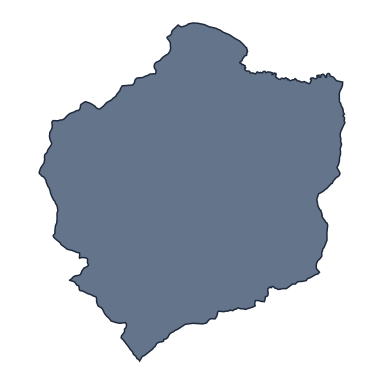 Soveja, Vrancea, Romania (Equal Earth projection)
{"feature_id": "2599482B26543167890011", "entity_name": "Soveja", "entity_type": "district", "adm_level": 2, "iso_a3": "ROU", "parent_name": "Romania", "parent_adm1": "Vrancea", "projection": "equal_earth", "projection_center": [26.665, 46.015], "detail": "fine", "context": "isolated", "style": "filled", "palette": "slate", "viewbox_px": 384, "rotation_deg": 0, "n_neighbors": 0, "source": "geoboundaries", "source_scale": "gbopen_adm2", "svg_char_len": 5824}
<svg xmlns="http://www.w3.org/2000/svg" viewBox="0 0 384 384"><path d="M319.5,272.2L316.6,268.9L316.2,267.3L316.3,264.7L316.7,263.0L317.5,261.1L320.3,258.3L321.7,256.4L321.8,255.2L321.7,253.1L321.8,252.3L322.6,250.6L322.7,249.0L323.7,248.0L324.3,246.9L327.0,240.2L326.9,232.8L327.7,225.4L327.1,223.2L325.3,221.7L325.0,220.8L323.2,218.5L322.1,216.4L322.0,215.9L322.3,215.2L321.8,214.4L321.8,213.0L320.9,211.8L321.1,210.7L319.2,209.0L319.2,208.4L318.6,207.5L317.8,205.3L316.8,199.3L318.6,193.8L321.1,192.6L324.1,190.6L325.3,189.3L326.7,188.6L331.2,183.7L332.3,183.4L332.9,181.6L334.0,180.1L336.4,177.5L338.6,176.2L339.8,174.5L339.8,172.6L336.9,167.6L338.7,164.1L338.7,163.0L339.3,161.9L339.6,156.8L340.5,154.7L340.5,151.4L340.2,149.0L340.4,147.8L341.4,145.4L341.5,144.3L341.0,142.2L340.5,141.5L340.9,139.0L340.1,135.8L340.5,132.2L343.8,124.8L344.6,123.5L344.9,122.3L344.3,121.4L344.1,120.5L344.5,118.8L344.4,117.6L343.1,116.0L343.0,115.4L344.4,114.2L343.4,112.4L343.0,109.5L342.7,109.3L342.8,108.6L341.9,106.7L341.2,105.9L340.6,103.2L339.6,102.2L339.4,101.1L339.3,94.1L339.7,91.7L341.5,88.1L342.4,85.7L342.7,82.1L336.4,80.7L333.8,77.5L332.2,76.6L330.8,76.3L330.0,75.7L329.9,74.6L329.2,73.7L328.2,73.4L327.3,73.9L326.4,75.6L326.7,76.8L326.0,77.5L325.5,77.1L325.2,76.4L323.8,74.6L322.8,74.2L321.5,74.7L320.9,75.8L320.7,77.0L320.4,77.3L318.7,77.1L318.6,76.4L319.3,75.3L317.2,75.4L316.9,76.0L317.1,77.2L317.0,78.1L316.2,78.6L314.7,78.7L313.1,77.9L311.1,78.0L310.7,78.5L310.5,79.5L311.4,80.0L311.4,80.6L310.5,81.8L310.2,83.1L308.9,83.7L304.1,81.5L301.8,82.3L299.3,81.0L297.3,80.9L296.9,80.1L295.1,78.6L294.9,78.7L294.7,79.3L294.3,79.7L292.6,79.8L290.7,80.7L290.0,80.6L289.0,79.8L288.0,79.9L287.8,79.5L287.9,78.8L286.6,78.5L285.9,77.8L285.4,77.8L284.3,78.8L281.9,78.2L281.3,78.3L280.4,79.4L278.6,79.1L275.6,76.9L275.9,75.7L275.4,75.2L275.4,74.9L276.2,74.3L275.9,73.5L274.1,73.0L272.9,74.5L272.1,74.6L272.0,74.1L272.3,73.5L272.2,72.8L270.0,72.1L267.8,71.9L266.1,72.8L265.0,71.5L264.0,71.3L263.3,71.6L262.2,72.9L261.1,72.8L260.5,72.4L259.4,72.9L257.3,71.9L256.9,72.1L256.1,73.4L255.4,73.9L252.7,72.9L250.4,73.1L250.2,72.9L249.9,71.8L249.1,71.1L246.5,71.0L244.7,69.6L244.6,69.1L245.7,67.9L244.7,67.0L245.2,66.1L245.1,65.8L243.3,64.7L241.8,64.5L241.5,63.4L240.4,63.4L239.8,62.7L239.7,62.4L242.1,60.5L242.5,59.2L243.3,57.8L245.2,55.6L246.5,55.4L246.7,55.0L246.6,53.5L247.1,52.9L247.1,52.1L247.6,51.5L246.9,50.3L247.2,49.6L246.6,48.4L246.5,47.6L245.8,47.4L242.9,44.0L239.7,41.0L234.9,38.4L229.3,34.7L223.1,32.2L220.2,30.1L217.9,29.3L216.3,28.4L209.0,26.7L204.4,24.6L198.1,23.3L192.8,23.0L188.4,23.9L187.2,24.9L184.9,26.0L181.1,27.0L178.1,25.0L172.3,30.6L171.9,31.4L171.3,34.1L170.8,34.8L167.1,37.2L167.0,37.6L167.3,38.4L169.6,41.3L170.3,43.1L170.6,48.5L169.9,51.3L168.3,53.6L167.1,54.6L165.9,55.1L162.5,57.5L159.9,60.6L156.0,62.4L154.6,64.1L154.2,65.8L154.2,67.3L154.9,68.8L155.7,69.8L156.0,71.1L155.9,72.9L155.4,73.7L150.0,74.1L147.2,75.7L146.0,75.9L142.5,77.6L138.5,77.8L136.7,78.2L135.3,79.6L134.7,81.2L134.5,82.7L132.7,85.0L122.2,85.8L120.4,88.9L119.9,90.6L117.2,93.8L115.5,96.7L113.7,97.7L111.5,99.9L106.6,102.6L103.3,106.3L99.9,108.9L99.1,109.1L97.0,108.3L95.7,107.3L95.1,106.3L92.1,104.3L89.4,102.9L85.5,101.7L84.2,102.3L81.0,104.4L80.5,105.4L80.4,107.2L79.9,108.8L79.5,109.5L78.3,110.5L76.5,110.6L74.3,111.9L69.7,113.6L66.5,116.3L64.7,118.5L63.3,119.4L61.8,119.9L59.4,120.2L58.1,120.8L53.3,120.6L52.7,120.9L52.1,121.8L51.9,122.6L52.2,125.9L52.1,127.8L51.0,130.5L49.8,132.5L49.7,134.9L49.4,135.9L49.9,139.1L51.6,143.1L51.6,143.9L51.3,144.8L47.7,150.1L47.3,151.9L46.1,153.4L45.0,154.3L44.8,154.9L44.4,157.0L44.7,159.3L44.0,163.0L40.6,168.1L39.1,172.6L39.5,173.7L41.0,175.0L41.5,175.9L43.5,176.8L45.0,178.5L45.9,180.3L46.3,182.4L47.9,186.2L49.1,188.0L50.1,190.8L50.6,193.3L51.9,196.6L53.7,200.1L55.0,201.5L55.7,203.7L56.8,205.2L57.3,207.1L57.9,210.8L57.2,212.5L57.0,213.9L57.1,218.0L56.8,222.8L55.5,225.6L55.0,229.5L54.9,233.5L53.2,235.6L53.4,236.6L53.9,237.4L56.2,239.6L60.1,242.7L61.1,244.6L65.6,247.9L66.4,248.8L68.1,249.5L72.0,250.4L77.1,252.5L79.5,252.9L79.7,254.1L79.4,257.7L79.6,258.2L81.8,257.5L85.6,257.8L87.1,258.5L87.6,259.2L87.4,262.6L88.5,265.2L87.0,266.7L83.9,268.1L82.0,270.8L80.6,274.2L79.9,274.9L77.8,275.5L75.4,275.8L73.8,276.5L73.1,277.0L71.6,278.8L69.6,280.2L69.7,280.4L73.4,281.4L75.0,282.4L76.9,285.2L78.0,285.5L78.8,286.1L79.3,289.2L79.6,290.2L79.9,290.5L83.0,291.2L87.6,293.6L91.6,294.9L92.4,295.6L95.7,296.8L96.5,297.6L96.6,302.0L97.9,305.5L98.8,306.5L101.1,307.6L101.9,308.4L102.6,309.3L104.7,313.7L106.8,316.3L109.1,318.3L111.1,321.0L116.2,322.6L119.9,323.3L125.5,322.6L126.5,324.6L126.3,326.6L125.8,327.8L124.5,329.1L124.5,331.9L121.5,335.9L121.1,337.8L123.4,340.1L129.1,347.5L129.8,348.8L132.6,352.0L133.4,354.3L135.9,356.3L137.0,358.6L138.7,359.5L139.6,361.0L142.3,356.4L144.6,355.4L152.9,348.8L153.7,347.5L155.0,346.6L156.9,343.2L159.9,342.0L161.7,341.9L163.5,341.2L163.7,339.6L166.1,338.8L167.7,337.6L169.3,334.4L170.2,333.5L171.8,332.4L173.6,331.7L174.6,330.7L178.0,329.1L185.2,324.3L192.9,323.3L202.7,323.9L206.5,323.0L208.6,320.2L210.2,318.9L211.6,318.7L215.0,318.9L215.9,317.8L216.2,316.9L216.7,316.4L217.4,314.1L217.5,312.4L218.6,311.2L223.9,311.7L225.9,311.1L227.1,311.2L229.4,310.7L230.0,310.1L232.9,310.7L234.7,309.3L236.2,309.2L237.7,308.0L238.2,307.9L240.3,308.7L244.5,308.9L245.0,309.5L253.0,307.0L255.2,305.8L254.8,304.4L254.8,302.6L255.5,300.5L259.4,300.7L260.6,301.3L264.3,301.7L264.9,300.1L265.4,296.8L267.1,296.2L267.9,295.3L268.2,292.4L267.7,290.7L267.8,289.2L269.6,287.1L271.4,287.7L271.6,287.6L271.8,286.7L272.7,286.4L273.8,286.9L275.0,288.2L276.7,288.6L278.1,289.4L279.8,289.3L282.1,288.7L286.4,288.6L292.6,284.0L295.2,284.1L297.7,281.7L302.2,281.4L306.2,280.6L307.5,278.6L310.7,277.5L315.3,274.7L318.2,273.8L319.5,272.2Z" fill="#64748b" stroke="#1e293b" stroke-width="1.5"/></svg>